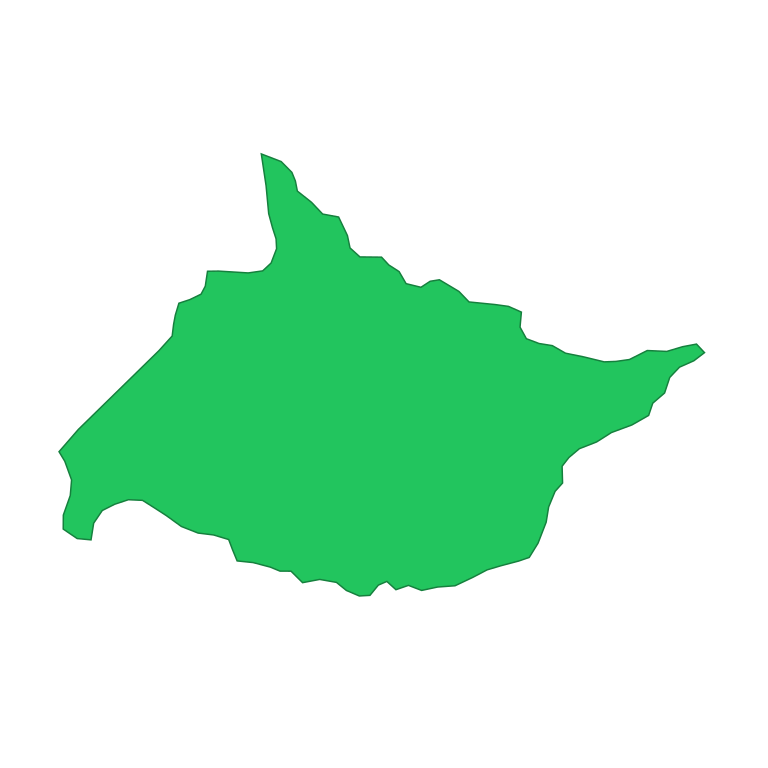 outline of Santa Rosa de Goiás, Goiás, Brazil, rotated 277°
{"feature_id": "56859067B49023245121692", "entity_name": "Santa Rosa de Goiás", "entity_type": "district", "adm_level": 2, "iso_a3": "BRA", "parent_name": "Brazil", "parent_adm1": "Goiás", "projection": "albers", "projection_center": [-49.481, -16.071], "detail": "fine", "context": "isolated", "style": "filled", "palette": "green", "viewbox_px": 768, "rotation_deg": 277, "n_neighbors": 0, "source": "geoboundaries", "source_scale": "gbopen_adm2", "svg_char_len": 1567}
<svg xmlns="http://www.w3.org/2000/svg" viewBox="0 0 768 768"><g transform="rotate(277 384 384)"><path d="M461.7,689.3L457.4,675.8L450.8,660.7L449.3,641.2L438.2,624.6L434.7,611.5L432.8,599.9L435.2,579.4L436.7,560.4L442.6,546.4L443.1,532.9L446.3,519.8L457.0,512.1L472.1,511.6L476.2,498.1L476.4,484.6L475.8,458.4L485.0,447.1L494.2,426.3L491.6,417.3L484.5,408.9L486.3,393.7L497.4,385.3L502.7,374.3L509.6,366.1L507.2,344.6L514.9,333.7L526.9,329.6L544.2,318.6L545.2,302.4L555.5,289.9L564.9,274.5L574.7,271.3L582.8,266.8L592.2,254.9L597.4,234.2L566.4,242.8L539.0,248.8L525.5,254.3L514.9,259.2L505.2,260.9L490.3,257.2L481.5,249.8L477.7,235.7L475.9,206.0L474.4,195.1L459.3,194.7L450.9,191.5L444.1,181.0L439.2,170.6L427.0,168.5L417.6,167.9L405.8,167.9L389.6,156.5L301.7,86.2L277.2,69.7L268.4,76.6L250.7,85.6L235.1,86.2L214.8,81.7L200.9,83.3L193.2,98.3L193.6,112.2L210.5,112.8L224.1,119.8L231.8,131.3L238.0,144.4L239.1,158.5L232.7,172.0L226.9,183.9L217.9,200.2L213.4,217.6L213.4,233.2L210.7,248.8L201.0,253.9L190.5,259.8L190.8,275.8L188.4,293.4L185.6,303.6L186.9,314.5L176.9,327.4L182.2,344.0L181.3,361.0L174.5,371.8L170.6,385.3L172.5,395.8L183.7,402.9L188.4,410.9L181.3,420.9L187.1,432.8L183.7,446.5L189.0,461.9L192.4,479.1L202.9,495.7L212.1,509.0L217.9,522.3L224.7,539.3L229.6,549.3L244.8,556.3L266.6,561.8L282.0,562.4L298.3,566.9L307.5,573.3L324.1,570.8L333.6,576.5L343.6,585.8L352.4,602.1L363.5,615.6L373.6,635.1L385.1,650.5L397.7,653.1L409.3,663.6L425.3,666.8L436.7,675.2L444.8,688.7L454.2,698.3L461.7,689.3Z" fill="#22c55e" stroke="#15803d" stroke-width="1.5"/></g></svg>